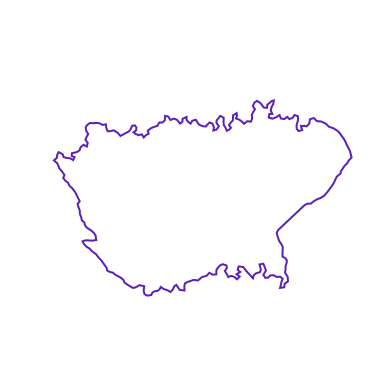 outline of Coronel Bicaco, Rio Grande do Sul, Brazil, rotated 108°
{"feature_id": "56859067B35030756743824", "entity_name": "Coronel Bicaco", "entity_type": "district", "adm_level": 2, "iso_a3": "BRA", "parent_name": "Brazil", "parent_adm1": "Rio Grande do Sul", "projection": "orthographic", "projection_center": [-53.654, -27.806], "detail": "fine", "context": "isolated", "style": "outline", "palette": "violet", "viewbox_px": 384, "rotation_deg": 108, "n_neighbors": 0, "source": "geoboundaries", "source_scale": "gbopen_adm2", "svg_char_len": 3936}
<svg xmlns="http://www.w3.org/2000/svg" viewBox="0 0 384 384"><g transform="rotate(108 192 192)"><path d="M109.9,50.9L104.4,54.3L101.7,56.9L99.6,59.2L96.8,61.6L94.5,64.0L92.0,67.6L90.3,69.8L88.9,72.3L87.7,77.2L87.6,81.9L85.7,85.7L85.0,91.0L86.0,95.2L84.0,98.9L86.3,102.3L90.6,101.6L94.1,103.2L94.5,105.8L95.4,108.8L99.0,106.4L101.1,109.4L99.6,111.9L96.5,113.1L93.5,113.3L90.5,113.4L87.2,114.8L87.1,118.3L90.4,119.2L92.6,121.9L91.1,124.6L94.1,126.7L94.6,130.2L91.8,132.5L94.9,135.1L97.4,138.1L97.5,142.0L94.0,142.5L92.9,139.7L90.2,142.3L86.5,142.6L83.2,141.9L79.6,142.5L81.1,144.6L83.4,145.8L85.6,147.3L88.7,146.7L89.5,149.8L86.1,154.6L85.3,158.4L87.7,160.2L91.5,160.7L93.8,157.7L96.6,158.4L99.8,159.0L103.7,157.5L106.9,157.7L107.6,161.3L111.0,163.6L109.4,166.7L108.6,169.5L108.5,172.9L105.5,172.8L103.2,173.9L106.4,176.6L111.2,175.3L114.2,176.6L117.0,177.5L118.9,174.8L121.2,175.9L123.0,177.8L120.4,180.1L118.7,182.3L115.8,183.6L111.6,184.8L110.9,188.7L113.5,189.6L116.2,190.7L118.6,190.2L121.2,186.8L124.9,187.9L126.9,190.7L123.8,191.1L120.6,193.7L120.5,196.8L123.1,198.2L125.4,199.0L126.1,202.1L125.8,206.0L124.1,208.3L122.1,210.7L124.1,213.7L127.4,214.5L126.5,217.3L124.9,219.6L122.3,220.4L125.3,223.6L128.3,222.8L130.6,224.5L128.0,228.5L127.7,231.8L130.2,234.8L127.5,238.2L128.0,241.1L132.3,240.0L135.1,241.6L136.0,244.6L139.8,245.4L142.2,248.7L144.2,250.9L147.3,253.0L149.9,251.2L152.1,253.3L155.0,254.8L152.6,257.5L154.4,260.3L154.2,263.6L153.2,266.1L150.8,264.2L147.8,264.8L146.3,267.0L147.6,269.4L150.8,269.7L153.7,270.6L156.2,273.0L159.0,275.7L160.8,277.4L158.7,281.0L157.5,285.5L159.4,288.4L160.3,291.0L157.3,293.5L154.3,294.8L155.9,298.0L155.2,300.7L155.7,303.9L156.9,306.6L157.9,310.4L160.9,312.5L163.5,313.1L166.5,311.5L169.0,308.6L171.5,309.2L175.3,309.5L177.4,306.4L181.3,306.1L180.6,309.7L183.9,311.8L186.8,311.8L189.0,313.2L190.6,315.4L192.3,318.3L195.0,317.4L195.0,314.5L198.3,314.8L197.6,318.4L198.3,321.7L198.5,324.9L196.0,326.7L195.3,331.1L198.1,331.7L201.3,331.1L204.6,333.1L206.4,328.9L210.4,325.6L213.1,321.3L215.3,318.5L218.5,318.8L220.4,315.9L221.6,312.5L223.9,310.5L225.4,307.1L228.6,302.7L232.0,299.4L235.5,295.9L238.7,297.2L242.0,294.9L244.2,293.1L247.6,291.8L250.5,289.4L252.9,288.1L254.2,285.1L256.3,283.7L258.3,281.4L259.1,278.4L260.0,275.4L261.3,272.5L263.3,270.2L267.3,268.2L269.1,271.9L270.7,278.1L272.7,280.8L274.9,278.7L276.8,274.9L277.4,272.1L279.2,268.8L280.8,264.1L283.0,260.9L284.6,258.1L286.6,255.0L288.6,252.4L290.4,249.8L292.9,248.4L293.4,245.7L293.2,242.3L294.4,239.3L294.9,236.3L295.5,233.2L296.8,230.1L299.2,227.9L300.4,223.4L301.5,218.6L300.2,216.2L296.8,213.2L296.4,208.3L300.8,207.5L303.8,205.6L304.4,202.6L302.6,198.9L300.0,198.6L297.9,196.8L296.6,194.1L294.4,192.7L292.0,192.3L293.0,188.9L293.0,184.9L293.8,181.6L290.7,180.1L287.3,179.8L285.2,178.3L288.9,173.4L288.0,168.7L284.1,170.1L281.2,170.5L278.9,168.4L276.9,165.6L275.1,163.4L274.3,159.0L269.9,156.3L267.1,152.2L263.5,150.5L264.2,146.6L262.8,143.4L258.7,144.7L256.1,144.0L253.1,142.6L251.2,140.5L251.2,136.5L253.6,135.3L256.9,136.4L259.6,133.2L261.7,131.2L259.7,128.9L259.6,125.7L261.1,122.2L257.7,120.5L256.4,124.2L253.1,121.4L252.0,124.4L248.4,124.7L247.5,120.1L249.1,117.7L251.0,114.9L253.1,111.0L255.2,107.4L251.9,107.5L249.4,105.8L247.4,102.7L244.6,102.5L242.4,103.9L240.0,105.4L238.2,102.0L240.7,99.8L243.8,97.4L248.8,98.5L251.0,95.7L249.8,93.1L247.1,91.7L245.9,88.6L246.6,85.2L245.3,82.0L246.5,78.9L249.4,79.2L251.9,78.9L256.0,78.6L254.1,74.9L250.6,75.5L247.3,73.1L243.3,74.7L239.9,78.6L236.4,79.2L233.3,80.2L230.1,80.1L227.6,80.7L226.0,82.9L225.5,85.9L222.3,87.0L219.0,87.9L216.4,88.6L214.1,90.7L211.8,93.8L208.3,96.5L204.7,98.8L201.7,98.4L169.9,81.0L167.5,78.8L166.4,75.4L163.5,73.6L160.4,70.9L157.8,67.7L154.8,65.2L150.1,63.2L146.8,62.1L143.5,61.0L140.4,60.1L136.6,59.6L132.7,59.1L128.7,56.5L126.3,56.8L123.2,55.9L119.7,54.9L117.1,53.4L113.8,52.7L109.9,50.9Z" fill="none" stroke="#5b21b6" stroke-width="2"/></g></svg>